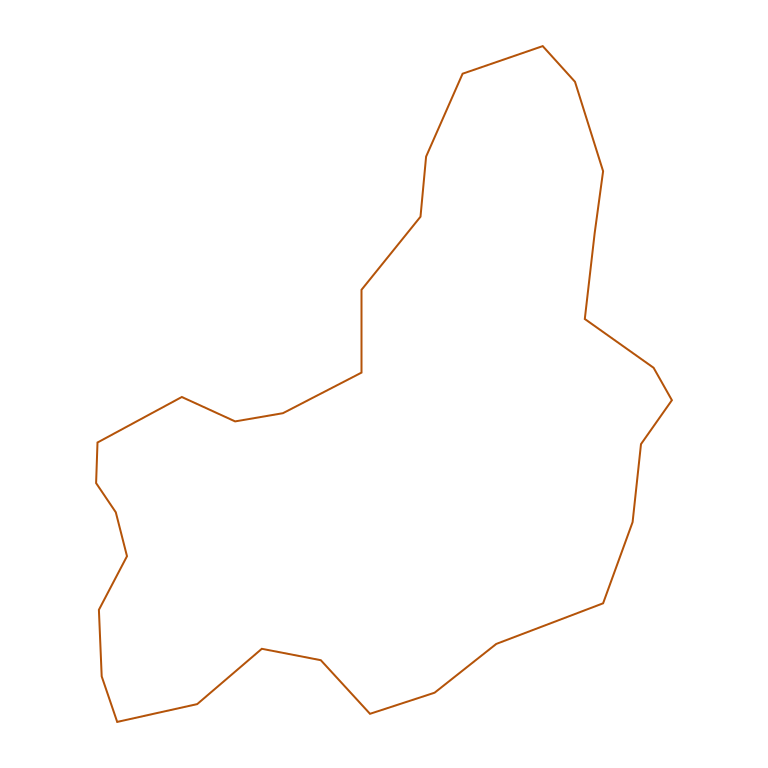 map outline of Selebi-Phikwe (Robinson projection)
{"feature_id": "BWA-5504", "entity_name": "Selebi-Phikwe", "entity_type": "Town", "adm_level": 1, "iso_a3": "BWA", "parent_name": "Botswana", "parent_adm1": "", "projection": "robinson", "projection_center": [27.845, -21.959], "detail": "fine", "context": "isolated", "style": "outline", "palette": "amber", "viewbox_px": 768, "rotation_deg": 0, "n_neighbors": 0, "source": "natural_earth", "source_scale": "10m", "svg_char_len": 504}
<svg xmlns="http://www.w3.org/2000/svg" viewBox="0 0 768 768"><path d="M542.7,46.1L575.0,81.8L603.1,171.2L594.7,232.9L584.8,319.0L653.6,367.8L671.9,400.2L641.0,444.1L632.6,522.1L603.1,603.3L496.3,643.9L434.6,692.7L370.0,713.8L320.8,660.2L261.8,648.8L197.2,704.1L117.2,721.9L101.7,676.4L98.9,609.8L127.0,556.2L115.8,512.3L96.1,483.1L97.5,442.5L181.8,397.0L235.1,421.4L282.9,413.2L361.5,372.6L361.5,289.8L420.5,216.7L426.1,156.6L462.6,73.7L542.7,46.1Z" fill="none" stroke="#b45309" stroke-width="2"/></svg>